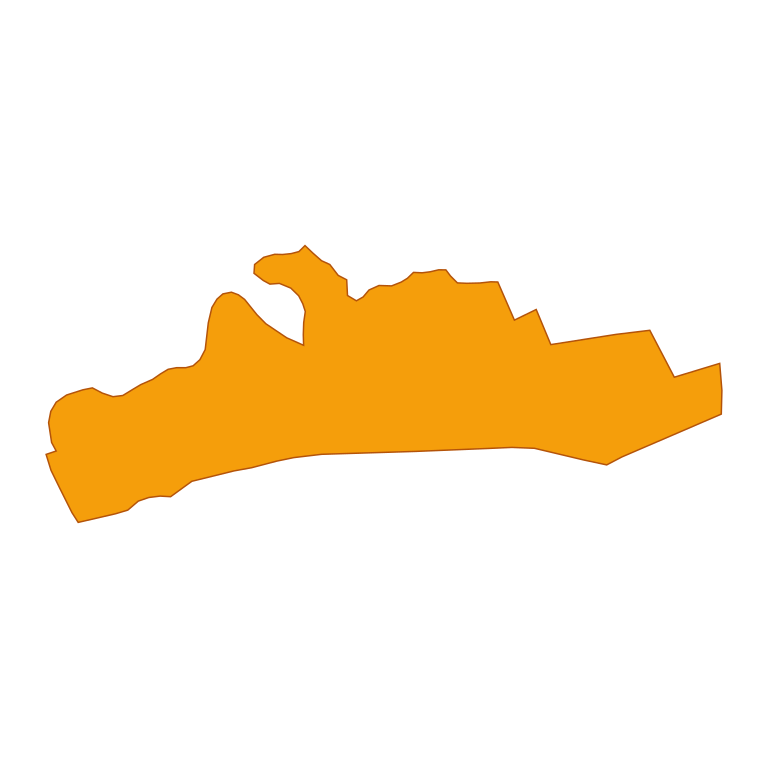 Kibra, Nairobi, Kenya, rotated 180°
{"feature_id": "3690345B3888847045998", "entity_name": "Kibra", "entity_type": "district", "adm_level": 2, "iso_a3": "KEN", "parent_name": "Kenya", "parent_adm1": "Nairobi", "projection": "natural_earth1", "projection_center": [36.794, -1.304], "detail": "fine", "context": "isolated", "style": "filled", "palette": "amber", "viewbox_px": 768, "rotation_deg": 180, "n_neighbors": 0, "source": "geoboundaries", "source_scale": "gbopen_adm2", "svg_char_len": 1462}
<svg xmlns="http://www.w3.org/2000/svg" viewBox="0 0 768 768"><g transform="rotate(180 384 384)"><path d="M46.7,353.9L46.1,377.6L48.3,404.6L93.7,390.8L118.2,437.7L152.0,433.6L217.2,423.4L231.8,458.5L253.6,447.9L270.2,486.0L277.2,486.2L288.2,485.0L301.1,484.7L310.6,485.1L317.5,492.0L322.1,498.1L329.3,498.2L337.9,496.2L345.9,495.2L354.5,495.6L360.6,489.7L366.8,485.9L376.4,482.1L389.0,482.5L399.0,478.0L404.9,471.0L411.6,467.2L420.5,472.5L421.3,488.2L429.8,492.6L438.2,503.5L446.5,507.3L455.1,514.9L463.0,522.4L469.1,516.4L476.8,514.4L485.4,513.5L493.3,513.7L504.3,510.7L513.4,503.5L514.0,494.7L504.7,487.5L498.1,483.9L488.6,484.6L477.2,479.9L469.3,472.2L465.2,464.2L462.7,456.5L464.3,445.4L464.7,433.3L464.4,422.7L481.3,430.2L502.1,444.2L511.1,453.3L523.4,468.6L529.6,473.2L536.6,475.8L545.1,474.1L551.0,468.9L556.1,460.5L559.7,445.2L562.8,418.4L568.1,408.3L574.9,402.2L582.2,400.3L591.5,400.3L599.9,398.7L607.5,394.1L615.4,388.6L627.2,383.4L635.4,378.5L645.2,372.5L655.0,371.3L665.7,374.9L675.6,380.1L685.1,378.2L701.4,373.0L711.8,365.8L717.2,356.7L719.4,345.3L716.4,325.5L711.8,317.0L721.9,313.6L717.0,297.7L708.4,280.1L703.4,270.1L696.0,255.3L689.8,245.6L652.2,254.3L640.2,257.9L629.7,266.9L619.2,270.5L607.9,271.9L597.4,271.3L576.2,286.7L534.0,297.1L516.3,300.3L491.6,306.8L474.2,310.4L446.3,313.7L352.2,316.6L278.8,319.6L256.1,320.6L233.5,319.7L184.2,308.0L161.3,303.1L146.0,311.1L46.7,353.9Z" fill="#f59e0b" stroke="#b45309" stroke-width="1.5"/></g></svg>